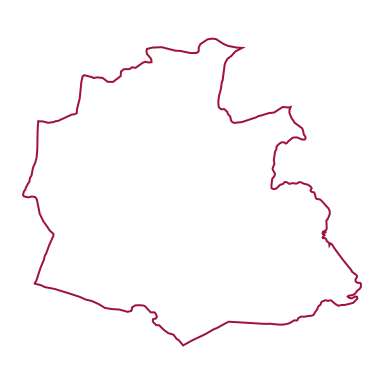 the district of Asunción Mita, Jutiapa, Guatemala
{"feature_id": "79465075B73925022965475", "entity_name": "Asunción Mita", "entity_type": "district", "adm_level": 2, "iso_a3": "GTM", "parent_name": "Guatemala", "parent_adm1": "Jutiapa", "projection": "orthographic", "projection_center": [-89.611, 14.308], "detail": "fine", "context": "isolated", "style": "outline", "palette": "rose", "viewbox_px": 384, "rotation_deg": 0, "n_neighbors": 0, "source": "geoboundaries", "source_scale": "gbopen_adm2", "svg_char_len": 5238}
<svg xmlns="http://www.w3.org/2000/svg" viewBox="0 0 384 384"><path d="M161.8,47.2L152.4,47.6L147.0,48.9L146.5,51.3L146.9,53.9L150.6,58.2L151.3,59.6L151.5,62.2L148.7,62.5L145.2,61.8L142.7,62.8L135.6,67.8L132.0,67.3L129.5,69.1L123.9,69.2L121.0,71.5L120.6,76.2L113.0,81.9L107.7,81.8L102.6,77.9L97.3,77.4L93.3,78.0L92.2,77.2L84.4,75.2L82.7,76.1L81.4,81.7L79.7,98.5L76.9,109.8L76.8,113.1L74.4,114.3L71.7,114.6L57.8,121.0L55.1,121.3L54.0,122.0L48.0,122.8L43.3,121.5L38.2,121.2L37.6,130.8L37.3,149.2L36.6,157.6L35.3,162.5L33.0,167.7L31.5,175.6L30.0,177.8L29.3,182.0L28.0,183.6L25.7,188.0L25.5,189.3L23.9,191.5L23.0,194.8L24.0,196.4L28.3,197.4L31.9,196.5L35.3,197.1L36.9,199.6L39.7,213.8L43.3,221.2L45.9,224.8L49.8,230.6L53.4,233.8L53.4,235.8L49.3,244.9L45.9,254.2L45.0,255.2L43.8,260.0L40.7,267.4L36.1,281.3L35.3,282.1L34.7,283.6L41.0,285.2L44.8,287.1L54.4,288.9L66.5,292.6L67.6,292.9L79.8,296.9L85.9,299.6L91.8,301.0L98.7,304.1L105.1,308.0L112.1,309.1L119.1,309.5L127.5,311.8L131.1,311.0L131.8,309.8L132.0,307.5L135.1,305.4L140.1,305.2L143.7,305.6L145.2,306.4L150.6,312.3L154.6,312.4L155.9,314.0L156.9,317.0L155.7,318.6L153.1,319.1L152.8,321.1L153.4,322.3L156.2,325.1L159.2,325.3L163.3,329.4L168.1,333.1L173.5,334.7L176.7,339.0L178.7,340.1L183.1,345.4L191.4,340.8L206.2,333.7L212.9,329.7L217.4,327.8L225.5,323.3L228.7,321.7L263.2,323.8L269.2,323.9L270.1,323.6L272.1,324.0L279.4,324.6L280.1,324.7L280.7,324.7L281.4,324.6L282.6,324.6L283.7,324.5L285.0,324.3L286.8,323.9L287.9,323.7L289.1,323.3L290.2,322.8L291.6,321.9L294.1,320.4L294.7,320.4L295.4,320.4L296.2,320.5L296.9,320.5L297.5,320.1L297.8,319.1L298.3,318.1L299.2,317.7L299.9,317.2L300.6,316.8L301.6,316.6L302.3,316.6L303.6,316.7L304.4,316.7L305.7,316.5L306.3,316.4L307.6,316.1L308.2,316.0L309.3,315.9L310.6,315.8L311.6,315.7L312.5,315.4L313.3,314.9L313.8,314.5L314.2,314.0L314.4,313.4L314.9,312.5L315.5,311.6L316.2,310.7L316.6,310.2L317.0,309.6L317.5,308.9L317.7,308.0L318.1,306.9L318.6,306.1L319.3,305.6L320.2,304.9L320.7,304.2L320.9,303.3L321.1,302.7L321.6,302.0L322.3,301.4L322.9,301.2L325.2,300.3L326.0,300.3L326.9,300.6L328.0,300.9L328.9,300.7L329.8,300.4L330.5,300.3L331.7,300.7L332.4,301.5L333.1,302.2L333.7,302.6L334.6,303.4L335.5,304.1L336.1,304.4L336.7,304.8L337.3,305.1L338.4,305.8L339.2,305.5L340.0,305.4L341.2,305.1L341.9,305.0L342.6,305.0L343.2,305.0L344.6,305.0L346.4,304.6L353.1,302.9L357.3,298.7L357.0,296.8L355.4,296.5L351.6,298.4L349.2,297.8L347.7,296.7L348.4,295.8L352.6,295.0L354.2,294.4L355.1,293.6L355.8,292.7L356.5,291.8L357.3,290.7L358.2,290.0L359.7,288.8L360.6,287.5L360.9,286.7L360.9,286.1L360.9,285.3L361.0,284.0L360.6,283.4L360.1,282.9L357.4,282.8L355.6,281.4L355.5,279.4L356.9,277.2L356.9,275.5L355.0,274.0L353.0,272.5L351.8,271.5L351.4,270.2L348.3,266.4L343.3,260.3L342.1,258.7L340.7,256.8L338.6,254.0L337.1,252.0L335.2,249.3L334.7,248.7L333.5,246.8L332.3,244.8L330.8,243.4L330.0,243.3L329.9,244.2L329.4,245.3L329.1,243.3L328.3,242.3L327.7,241.7L327.2,241.4L326.6,241.0L326.5,240.4L326.3,239.4L325.8,238.7L325.1,238.2L324.1,238.2L323.5,238.2L322.8,238.0L322.6,237.4L323.1,236.7L324.0,235.8L324.6,235.1L324.4,234.3L323.4,234.6L322.8,234.0L322.5,233.3L323.0,231.9L323.8,231.9L324.5,232.5L325.5,232.3L325.4,231.4L324.8,230.8L325.9,230.3L326.7,228.8L326.4,220.4L327.8,218.9L329.8,214.1L329.6,210.8L328.5,208.4L326.7,206.5L321.6,200.8L320.2,199.6L319.2,199.3L318.6,199.2L317.7,199.1L316.5,198.8L315.8,198.1L315.6,197.2L315.5,196.4L314.2,192.4L313.4,192.3L312.1,192.0L311.4,191.7L310.7,191.0L310.5,190.2L311.0,189.6L311.6,188.5L311.4,187.6L310.7,186.7L309.9,186.1L308.9,185.3L307.9,184.8L306.5,184.3L304.6,183.9L303.9,183.7L303.0,183.3L302.2,182.8L301.5,182.5L300.8,182.3L300.2,182.2L299.3,182.2L298.6,182.4L297.9,182.9L297.2,183.4L296.3,183.6L295.6,183.6L294.1,183.3L292.9,183.2L291.8,183.2L290.4,183.7L289.2,183.8L288.4,183.3L287.9,183.0L287.2,182.5L286.4,182.1L285.8,182.0L284.7,182.1L284.1,182.7L283.4,183.6L282.3,184.2L281.1,184.5L280.5,184.7L279.7,185.2L279.2,185.7L278.5,186.5L277.6,187.3L276.7,188.1L275.9,188.7L274.9,189.1L273.9,189.0L273.2,188.9L272.4,188.7L271.5,188.0L271.5,187.1L271.4,186.0L272.2,178.9L274.6,175.8L275.0,173.8L272.8,169.7L272.6,168.3L274.4,163.9L273.8,160.2L275.0,151.9L276.3,149.3L276.7,146.3L279.1,143.9L281.6,142.3L284.3,142.4L285.0,143.0L285.7,143.5L286.3,143.4L287.0,142.9L287.5,142.3L288.0,141.6L288.8,140.9L290.0,139.9L292.1,138.2L293.2,137.6L293.9,137.5L295.6,137.4L296.4,137.4L297.5,137.6L298.1,137.8L298.7,138.0L299.3,138.4L300.1,138.7L300.7,139.1L301.6,139.3L302.8,139.5L304.0,139.6L304.9,139.4L305.3,138.8L305.5,138.2L305.5,137.1L305.3,136.5L304.9,136.0L304.5,135.4L303.9,134.7L303.6,133.5L303.5,132.6L302.7,129.4L301.9,128.1L294.9,123.0L291.5,118.0L289.4,112.8L289.5,110.1L290.6,107.0L289.0,107.5L282.6,107.0L274.2,112.5L268.8,113.1L261.2,115.5L258.3,116.1L256.3,117.3L241.8,122.1L234.1,122.9L232.3,122.0L231.1,120.7L230.2,116.5L227.9,114.0L227.2,111.8L224.2,109.1L221.2,109.3L218.7,107.1L218.3,102.1L219.0,96.0L220.8,89.4L221.9,81.7L222.6,80.6L224.7,64.5L225.5,62.3L227.4,58.9L231.4,55.9L235.4,51.4L242.2,47.9L236.2,47.5L228.0,45.9L223.2,43.8L216.1,39.1L212.1,38.6L207.5,39.4L200.5,44.0L198.8,47.1L198.6,51.5L196.7,52.9L190.7,53.1L180.2,50.9L175.5,50.7L161.8,47.2Z" fill="none" stroke="#9f1239" stroke-width="2"/></svg>